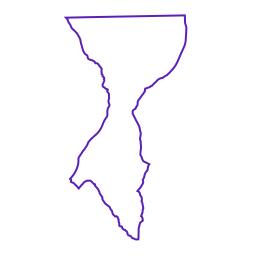 Dadaab, North-Eastern, Kenya (Albers equal-area conic projection), rotated 269°
{"feature_id": "3690345B19935861804031", "entity_name": "Dadaab", "entity_type": "district", "adm_level": 2, "iso_a3": "KEN", "parent_name": "Kenya", "parent_adm1": "North-Eastern", "projection": "albers", "projection_center": [40.106, 0.062], "detail": "fine", "context": "isolated", "style": "outline", "palette": "violet", "viewbox_px": 256, "rotation_deg": 269, "n_neighbors": 0, "source": "geoboundaries", "source_scale": "gbopen_adm2", "svg_char_len": 5781}
<svg xmlns="http://www.w3.org/2000/svg" viewBox="0 0 256 256"><g transform="rotate(269 128 128)"><path d="M91.4,148.7L93.7,144.3L94.6,142.7L95.0,142.5L96.7,141.7L98.6,141.1L99.7,140.7L100.7,140.0L101.0,139.9L101.5,139.9L102.8,140.0L107.6,140.6L108.8,140.7L109.5,140.7L113.0,140.4L114.7,140.4L116.5,139.9L117.0,139.8L121.1,140.5L122.6,140.7L124.6,140.2L125.8,140.0L126.3,139.8L128.3,139.5L129.5,139.2L130.2,138.9L132.5,137.8L135.9,136.0L142.4,132.9L142.8,132.9L143.2,133.0L144.3,132.9L144.8,133.0L145.2,133.1L145.9,133.8L146.3,134.3L147.0,135.3L147.1,135.7L147.3,135.9L147.7,136.0L148.1,136.3L148.5,136.5L148.9,136.5L149.1,136.7L149.4,137.0L149.7,137.2L150.8,137.8L151.7,138.0L154.1,138.2L154.6,138.4L155.0,138.6L155.7,139.0L157.4,140.3L158.8,141.4L160.6,142.7L162.0,143.9L164.6,145.6L165.7,145.5L166.1,145.7L166.6,145.8L167.1,145.9L167.2,146.7L167.3,147.1L167.6,147.5L168.2,149.2L168.3,150.1L168.4,150.4L169.5,151.6L169.6,152.5L172.3,155.1L172.7,155.6L172.9,155.9L173.4,156.5L173.8,156.9L174.2,157.3L174.5,157.5L174.8,157.7L175.6,158.6L176.2,159.5L176.7,160.4L177.1,161.5L177.3,162.0L177.4,163.1L178.0,164.1L179.1,165.7L180.2,167.9L180.5,168.3L181.2,168.8L181.4,169.2L183.0,170.9L187.5,175.0L189.6,176.5L193.1,178.5L201.3,182.2L207.0,184.9L208.9,185.8L210.7,186.4L213.0,187.0L213.7,187.1L218.0,187.5L223.5,187.9L224.9,188.0L226.8,188.1L227.5,188.0L228.5,187.9L232.0,186.9L239.6,186.8L239.5,91.9L239.4,67.9L238.6,68.6L237.5,69.4L237.0,69.7L235.2,70.2L234.8,70.4L233.5,71.2L233.0,71.6L232.4,72.0L230.8,72.6L230.5,72.7L228.5,73.8L228.1,74.1L226.6,75.8L223.5,78.7L219.3,81.0L218.7,81.3L217.6,81.7L216.9,81.9L216.3,82.0L213.4,82.5L211.7,83.0L207.4,84.1L206.5,84.4L205.8,84.6L204.1,85.5L203.2,86.1L202.4,86.9L201.2,88.5L200.8,88.7L200.3,88.8L199.3,88.9L198.8,89.0L198.5,89.2L198.1,89.4L197.7,89.7L197.4,90.2L196.9,91.3L196.6,92.4L196.3,93.4L195.0,95.6L194.7,95.9L193.9,96.2L193.6,96.4L193.3,96.7L193.2,97.1L193.3,98.0L193.2,98.4L193.0,98.7L192.1,99.5L190.5,100.6L189.4,101.4L188.0,102.5L187.7,102.7L187.2,102.7L186.6,102.6L185.9,102.5L185.1,102.5L183.6,102.7L182.9,102.5L182.4,102.6L182.0,102.9L181.7,103.4L181.4,103.6L181.2,103.6L180.8,103.5L180.4,103.4L180.0,103.6L179.7,103.9L179.2,104.7L178.8,105.0L178.5,105.1L177.2,104.7L176.7,105.1L176.3,105.1L175.7,105.1L175.3,105.0L174.9,104.8L174.3,104.4L173.8,104.3L173.2,104.1L172.8,103.9L172.0,103.4L171.6,103.3L171.1,103.3L170.6,103.4L170.1,103.6L169.4,104.1L169.3,104.3L169.1,104.6L169.0,105.0L168.8,105.3L168.6,105.6L167.9,106.0L167.7,106.2L167.3,107.5L167.1,108.0L166.9,108.3L166.6,108.5L166.4,108.5L166.1,108.4L165.6,107.9L165.2,107.8L164.8,107.9L164.5,108.1L163.3,109.1L163.0,109.3L162.1,109.5L159.9,109.5L159.4,109.6L158.7,109.6L158.0,109.5L155.8,109.0L154.7,108.9L153.6,109.1L152.9,109.4L152.0,109.8L151.6,109.9L151.1,109.8L150.6,109.8L150.2,109.6L149.1,109.0L148.6,108.6L148.2,108.3L147.4,108.0L145.6,107.7L144.9,107.6L143.5,107.6L140.9,107.6L140.5,107.5L140.0,107.3L139.2,106.8L137.2,105.3L135.8,104.5L133.0,103.1L131.3,102.5L129.8,101.8L128.1,100.9L126.2,99.7L125.3,99.0L123.6,97.6L122.5,96.5L121.0,94.7L120.2,93.8L118.0,91.3L116.8,90.1L115.1,88.6L114.5,88.1L113.9,87.8L112.3,87.2L110.4,86.1L108.1,84.5L105.6,82.5L101.7,79.8L99.6,78.4L98.9,78.1L98.1,77.9L97.3,77.9L94.8,77.8L93.5,77.6L92.9,77.6L91.8,77.3L90.2,76.8L87.8,75.9L86.6,75.3L85.2,74.6L83.8,73.8L82.5,72.9L80.1,71.0L78.0,69.1L77.8,69.3L77.6,70.0L77.3,70.2L77.0,70.2L76.6,70.2L75.7,70.0L75.3,70.0L75.0,70.1L74.8,70.4L74.7,70.7L74.4,71.5L74.2,72.1L73.4,73.2L73.0,73.6L70.8,75.7L68.4,77.7L70.1,79.1L70.7,79.7L71.7,80.5L73.0,81.9L74.1,82.7L74.7,83.5L75.2,84.3L75.7,85.1L76.0,85.9L76.0,87.4L76.0,89.4L75.1,90.6L72.9,92.5L72.7,92.9L72.2,94.1L71.9,94.1L71.5,94.0L71.0,93.9L70.7,94.1L70.2,94.7L68.9,95.6L68.1,96.5L66.8,97.3L65.9,97.7L65.5,97.8L64.7,98.2L64.3,98.4L63.5,98.5L63.0,98.6L62.7,98.8L59.4,101.0L59.1,101.1L58.8,101.2L57.4,101.1L56.9,101.3L56.5,101.5L55.7,101.9L54.9,102.6L54.5,102.9L54.0,103.1L53.6,103.3L53.2,103.6L52.8,104.0L52.3,104.5L49.5,108.1L49.1,108.4L48.2,108.7L47.1,109.2L46.6,109.6L46.2,109.9L45.6,110.4L44.7,110.7L43.6,110.9L42.8,111.1L42.1,111.4L41.5,111.9L41.2,112.2L40.8,112.8L40.5,113.0L39.9,113.4L39.7,113.6L39.7,113.8L40.0,115.0L39.8,115.2L39.4,115.5L39.3,115.9L39.0,116.1L38.7,116.3L38.0,116.4L37.7,116.5L36.3,117.1L36.0,117.1L35.2,117.0L34.4,117.0L34.1,117.1L33.5,117.4L32.8,117.6L32.2,117.6L31.0,117.6L30.4,117.6L30.2,117.9L29.9,118.3L29.8,118.6L29.7,119.8L29.5,120.1L29.2,120.3L28.3,120.4L28.0,120.5L27.7,120.7L27.2,121.2L26.9,121.4L26.6,121.8L26.4,122.1L26.2,123.2L25.6,123.7L25.1,124.3L24.5,124.9L24.1,125.2L23.5,125.5L22.9,125.6L22.0,125.7L21.6,125.8L21.2,126.2L20.8,126.6L20.5,127.1L20.2,128.1L20.0,128.6L19.6,129.1L18.0,130.2L17.7,130.5L17.6,130.9L17.4,131.9L17.2,132.4L16.8,132.9L16.6,133.3L16.5,133.7L16.4,134.9L16.5,136.4L19.2,136.6L28.3,137.0L28.5,137.1L28.9,137.4L29.8,137.6L30.4,137.6L33.3,138.7L35.2,141.2L35.8,141.2L36.3,141.1L36.7,141.0L37.9,140.8L38.2,140.5L38.6,140.5L38.9,140.3L39.2,140.0L39.3,139.9L39.6,140.0L39.7,139.9L39.8,139.6L40.4,139.9L41.3,140.2L42.7,140.8L43.4,141.0L44.6,141.2L45.7,141.2L46.9,141.8L47.7,141.9L52.1,141.1L53.2,140.9L53.6,140.7L54.0,140.5L54.5,140.2L54.8,140.3L55.4,140.6L55.8,140.7L56.9,140.5L58.0,140.5L58.5,140.4L58.8,140.3L59.1,140.1L60.6,139.1L60.9,138.9L61.9,138.7L62.4,138.7L62.8,138.6L63.4,138.3L63.6,138.1L64.2,137.5L64.8,136.4L65.3,136.9L66.2,137.5L66.7,138.1L67.2,138.5L67.8,139.0L68.7,139.7L69.4,140.2L70.0,140.5L71.5,141.4L71.9,141.7L72.1,141.8L73.0,142.2L73.4,142.2L74.3,142.2L74.8,142.1L75.5,141.9L75.9,141.9L76.2,142.1L76.7,142.4L77.3,142.7L78.4,143.2L79.3,143.5L80.2,143.6L80.9,143.9L81.5,144.0L82.1,144.3L82.9,144.7L84.1,145.5L84.5,145.9L85.0,146.5L85.3,146.7L86.3,146.9L87.3,146.9L87.9,147.2L89.3,147.5L90.2,147.9L91.4,148.7Z" fill="none" stroke="#5b21b6" stroke-width="2"/></g></svg>